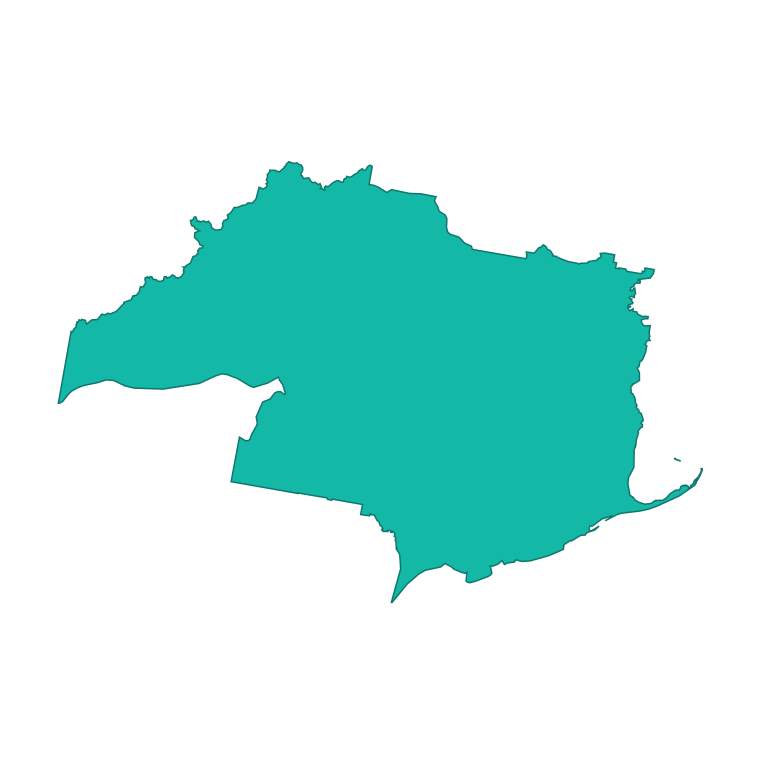 outline of Burdekin, Queensland, Australia, rotated 94°
{"feature_id": "25037944B77283019061987", "entity_name": "Burdekin", "entity_type": "district", "adm_level": 2, "iso_a3": "AUS", "parent_name": "Australia", "parent_adm1": "Queensland", "projection": "albers", "projection_center": [147.381, -19.849], "detail": "fine", "context": "isolated", "style": "filled", "palette": "teal", "viewbox_px": 768, "rotation_deg": 94, "n_neighbors": 0, "source": "geoboundaries", "source_scale": "gbopen_adm2", "svg_char_len": 6134}
<svg xmlns="http://www.w3.org/2000/svg" viewBox="0 0 768 768"><g transform="rotate(94 384 384)"><path d="M298.5,125.1L298.1,128.5L298.9,130.3L296.8,135.6L294.4,136.9L294.2,140.6L291.6,140.8L293.8,144.0L291.1,146.2L289.7,143.4L289.0,144.0L289.8,145.8L287.8,145.7L286.6,141.8L285.7,141.3L283.8,142.8L281.9,142.7L281.9,144.7L280.5,145.4L279.3,143.1L280.2,140.3L278.2,140.5L276.3,139.4L270.8,140.5L271.2,141.6L274.3,143.2L273.3,145.1L272.4,144.3L270.9,144.8L268.8,141.3L267.2,141.4L265.2,138.8L265.9,137.5L265.3,135.6L263.4,135.4L263.1,137.9L262.1,137.8L259.7,125.7L254.9,122.9L251.0,122.5L250.1,131.7L253.8,132.0L253.5,134.2L255.5,134.4L256.0,136.0L254.7,149.5L252.5,150.9L251.8,157.7L252.7,157.7L252.3,161.1L246.9,160.5L246.5,163.7L239.0,162.9L238.0,172.9L238.7,177.4L242.1,176.2L244.1,179.4L245.7,180.3L247.6,188.4L249.3,189.9L249.9,196.7L251.0,197.8L250.2,198.9L249.1,208.5L245.8,219.3L244.7,220.7L244.4,224.6L243.9,224.1L240.6,226.4L239.1,227.9L238.4,230.3L235.5,232.1L234.0,234.8L236.6,237.1L237.3,239.1L243.0,243.2L242.4,251.2L247.2,250.4L249.1,251.5L243.6,305.2L240.4,306.5L237.8,313.5L232.3,319.4L230.0,328.4L228.2,330.9L223.5,332.6L214.8,332.8L211.1,334.8L207.9,341.0L203.6,342.7L198.7,346.1L196.4,346.2L193.6,345.1L191.7,360.4L192.1,372.1L189.6,390.0L192.8,394.5L188.3,402.8L186.5,408.1L186.0,412.8L167.8,410.9L166.7,413.3L168.2,415.4L172.1,417.3L172.1,419.4L170.7,420.8L173.7,424.5L175.1,424.5L176.5,427.4L179.6,431.1L180.1,433.2L179.5,435.6L181.4,436.1L182.1,438.0L185.2,438.8L185.8,439.9L184.3,443.7L184.7,445.7L186.7,449.0L190.4,452.5L191.1,454.9L190.5,455.9L192.2,457.2L194.2,456.2L194.9,457.0L193.7,458.9L193.7,461.1L192.2,459.9L188.6,461.8L189.7,463.3L187.6,466.7L188.1,469.3L187.2,470.8L183.6,473.3L184.6,478.8L182.1,480.1L181.6,481.3L180.1,481.6L176.6,480.0L173.9,480.2L171.3,482.0L170.9,484.2L169.4,486.3L170.3,489.1L168.9,494.5L172.1,497.1L173.5,497.2L174.3,498.7L175.5,498.8L179.8,503.4L178.4,507.7L178.8,513.0L180.5,512.8L183.1,515.0L185.4,514.6L188.8,515.6L190.2,514.2L191.6,514.3L192.3,515.6L194.3,514.4L196.1,515.4L197.9,518.1L196.4,522.3L208.7,524.7L212.8,528.2L212.8,532.3L215.2,534.7L215.6,537.6L218.1,542.5L218.4,545.8L224.0,548.9L226.5,552.1L229.9,550.8L232.4,555.3L235.4,556.3L237.7,555.7L241.2,557.3L242.2,562.2L241.1,565.5L239.4,567.2L236.7,567.8L233.8,570.6L235.1,572.4L233.9,575.1L235.2,578.7L234.4,579.5L234.8,581.5L230.6,583.2L230.4,584.1L231.1,585.2L233.4,585.9L234.4,588.5L239.3,587.0L240.3,584.2L242.2,583.3L244.1,578.6L246.2,583.2L251.0,583.3L254.9,578.7L257.9,577.4L259.0,574.0L260.9,574.6L261.3,577.1L263.9,579.1L267.1,578.5L267.6,579.8L269.2,580.5L270.1,583.3L276.8,585.5L280.1,590.1L281.1,590.2L281.4,592.3L281.8,591.5L285.4,592.0L286.0,591.1L290.7,593.3L293.0,597.0L292.2,597.9L292.4,599.6L291.0,600.2L289.9,602.8L292.0,604.6L293.5,607.8L292.0,608.6L292.3,610.6L296.1,611.4L297.3,614.3L297.1,617.1L295.8,618.6L295.8,621.5L293.4,623.0L293.2,624.8L294.8,625.3L293.5,627.6L294.3,627.9L294.5,629.5L296.5,629.8L299.6,628.8L303.4,630.7L304.3,632.0L303.9,633.7L309.1,634.7L312.7,637.1L313.7,640.7L317.5,642.0L320.8,649.2L321.6,648.9L330.2,656.0L333.3,662.3L332.6,664.1L334.5,667.4L334.0,670.3L339.0,673.8L339.9,675.2L340.4,679.9L345.0,684.9L341.3,686.4L340.7,690.0L341.7,690.5L341.3,692.8L343.5,693.2L343.6,694.7L345.3,694.5L346.4,695.4L347.7,694.6L350.8,697.2L353.7,698.3L353.4,699.8L425.9,707.5L425.6,705.8L423.4,703.0L416.1,698.1L412.6,694.8L409.0,689.1L406.4,683.4L402.7,670.1L399.2,661.1L399.4,653.6L404.0,642.1L405.5,632.9L404.5,604.1L396.3,568.3L387.7,552.7L385.2,546.5L385.6,540.8L388.7,530.7L395.3,517.6L396.4,513.8L391.2,500.2L384.5,489.8L387.6,488.4L391.7,485.0L400.6,481.6L401.4,482.6L398.9,486.6L399.1,489.7L400.7,492.5L406.9,496.5L410.5,503.8L425.8,509.2L431.6,507.7L433.9,508.0L443.4,512.5L448.7,514.0L450.0,515.5L450.2,518.4L447.1,524.5L492.1,529.7L499.2,462.2L498.7,462.2L501.6,432.8L503.1,432.1L503.6,428.0L502.4,427.8L505.7,397.0L515.9,398.2L516.5,389.1L514.3,388.8L515.5,386.8L515.1,384.8L520.4,381.5L522.2,379.2L525.0,378.2L527.0,375.8L528.7,375.1L528.8,375.9L529.9,375.9L531.1,374.6L530.9,370.8L530.2,370.3L530.7,369.8L529.7,369.5L529.6,368.4L530.2,366.8L531.4,366.9L531.3,365.4L530.3,365.6L530.6,364.4L532.9,362.6L535.4,363.2L535.7,362.0L536.8,361.5L539.3,361.9L540.4,361.0L546.8,360.3L547.1,359.6L547.7,360.2L553.0,356.4L567.2,354.5L601.3,361.4L601.3,360.7L582.0,347.0L571.0,335.9L566.9,329.7L562.5,314.6L558.8,310.6L561.9,303.6L563.8,301.5L566.5,293.4L567.2,290.2L566.0,288.1L574.7,288.4L575.6,287.5L576.3,285.0L574.8,279.9L568.6,266.4L566.8,264.1L565.1,263.2L558.1,265.3L558.1,262.9L555.7,257.6L551.8,253.9L555.7,251.3L553.9,248.3L552.6,241.7L550.2,240.0L551.4,234.3L550.2,225.6L543.6,207.4L536.4,193.5L531.7,193.3L527.4,187.4L527.3,185.8L521.1,177.0L520.7,172.9L518.1,171.1L514.9,163.5L510.8,159.5L515.5,166.0L516.3,168.5L513.5,169.5L511.2,168.6L511.2,166.4L503.4,157.1L499.8,148.0L501.2,148.2L505.0,153.8L497.9,142.3L496.3,138.0L492.9,120.0L490.5,111.7L486.8,103.2L474.9,81.4L463.3,67.0L460.5,65.5L461.7,66.8L459.2,65.8L460.0,65.6L454.1,62.7L447.7,60.5L446.3,60.7L446.3,61.7L448.4,61.3L456.1,64.2L453.0,63.2L457.1,65.1L459.3,66.9L455.3,64.4L458.5,67.5L462.5,68.9L463.2,70.3L466.8,72.1L466.6,73.1L464.9,73.4L463.9,75.1L464.7,76.3L464.0,76.5L464.4,78.9L465.5,80.6L469.2,81.8L469.6,85.9L473.7,91.1L477.8,94.2L480.6,97.8L481.2,105.0L484.6,109.4L485.7,115.5L484.1,121.8L482.1,125.7L479.9,127.2L477.8,130.9L466.9,133.7L460.7,133.7L449.6,128.9L432.1,129.9L428.8,128.7L428.0,129.2L427.2,128.4L422.7,128.5L414.9,126.7L413.4,127.4L409.7,124.9L409.0,123.4L406.4,123.3L405.6,124.7L404.6,124.9L402.9,123.1L401.5,122.9L395.3,125.5L394.3,127.8L392.6,127.8L390.1,130.4L389.1,130.9L387.8,130.1L385.1,131.9L380.4,132.7L376.1,135.5L376.2,136.6L369.6,137.6L368.2,136.3L366.6,136.2L366.8,135.3L362.7,129.4L354.8,130.0L350.6,132.5L348.6,130.8L343.7,130.2L343.1,128.8L341.1,127.6L334.4,125.3L327.5,124.5L326.3,126.4L322.4,124.4L322.0,121.6L319.4,123.0L318.2,122.1L315.0,123.1L307.2,122.5L307.9,127.8L307.1,129.7L304.6,131.4L302.2,131.7L300.9,129.3L300.5,125.4L298.5,125.1ZM437.5,89.3L438.8,88.3L440.2,82.6L438.6,87.6L437.5,89.3Z" fill="#14b8a6" stroke="#0f766e" stroke-width="1.5"/></g></svg>